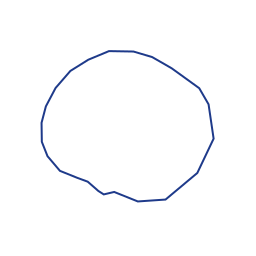 outline of Aba, Orientale, Democratic Republic of the Congo, rotated 224°
{"feature_id": "63176286B20411552692002", "entity_name": "Aba", "entity_type": "district", "adm_level": 2, "iso_a3": "COD", "parent_name": "Democratic Republic of the Congo", "parent_adm1": "Orientale", "projection": "orthographic", "projection_center": [30.241, 3.859], "detail": "fine", "context": "isolated", "style": "outline", "palette": "blue", "viewbox_px": 256, "rotation_deg": 224, "n_neighbors": 0, "source": "geoboundaries", "source_scale": "gbopen_adm2", "svg_char_len": 434}
<svg xmlns="http://www.w3.org/2000/svg" viewBox="0 0 256 256"><g transform="rotate(224 128 128)"><path d="M93.5,72.4L69.9,82.0L51.3,102.6L46.9,143.8L59.0,179.8L86.5,201.0L104.4,206.1L138.0,201.3L159.9,195.8L177.2,186.8L195.1,170.1L204.0,149.5L209.1,129.0L207.9,106.5L202.1,86.5L193.8,71.7L180.4,58.2L166.3,51.8L147.2,49.9L129.9,56.9L119.7,61.4L105.6,62.1L99.3,63.4L93.5,72.4Z" fill="none" stroke="#1e3a8a" stroke-width="2"/></g></svg>